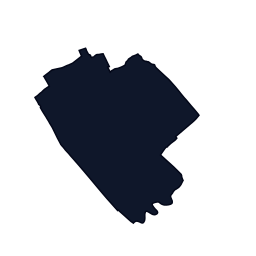 the district of Suceveni, Galati, Romania, rotated 63°
{"feature_id": "2599482B11072289553069", "entity_name": "Suceveni", "entity_type": "district", "adm_level": 2, "iso_a3": "ROU", "parent_name": "Romania", "parent_adm1": "Galati", "projection": "natural_earth1", "projection_center": [28.039, 45.986], "detail": "fine", "context": "isolated", "style": "filled", "palette": "ink", "viewbox_px": 256, "rotation_deg": 63, "n_neighbors": 0, "source": "geoboundaries", "source_scale": "gbopen_adm2", "svg_char_len": 4755}
<svg xmlns="http://www.w3.org/2000/svg" viewBox="0 0 256 256"><g transform="rotate(63 128 128)"><path d="M66.6,85.6L66.6,85.8L66.5,86.0L66.6,87.2L66.6,87.7L66.5,88.2L66.5,88.7L66.2,91.2L66.1,91.5L66.2,91.9L66.3,92.2L66.5,93.3L66.6,93.6L66.6,93.8L66.6,94.6L66.7,95.1L66.8,96.0L67.0,96.6L67.7,97.5L68.3,99.7L68.9,100.3L70.4,101.8L70.6,102.2L70.7,103.2L70.7,105.6L70.6,107.0L70.4,108.7L70.3,109.8L69.6,111.9L69.3,113.2L69.5,114.8L69.6,116.8L70.2,118.5L64.5,118.5L64.8,116.8L59.5,116.7L56.8,116.6L53.2,116.6L50.6,116.5L50.2,117.5L49.9,118.3L49.4,120.2L49.2,120.8L48.9,121.3L48.5,122.3L48.4,122.7L48.4,123.1L48.5,123.9L48.6,124.3L48.8,125.4L49.2,126.4L49.2,126.7L49.0,127.1L48.6,127.7L48.5,127.9L48.6,128.3L48.6,128.6L48.4,128.7L48.2,128.9L47.7,128.9L46.7,128.5L46.2,128.5L45.6,128.7L45.1,129.1L44.8,129.5L44.6,129.8L43.3,129.8L40.5,129.9L39.4,129.7L38.1,129.6L37.7,129.6L37.6,130.2L36.7,136.3L37.6,136.4L38.9,136.5L39.3,136.5L40.6,136.6L40.9,136.6L42.3,136.7L42.9,136.7L44.3,143.7L45.0,147.4L45.1,148.0L44.9,152.2L44.9,152.4L44.9,152.6L44.8,153.0L44.7,153.4L44.6,155.4L44.5,158.3L44.4,159.0L44.4,159.4L42.7,165.8L41.9,168.8L41.8,169.3L41.8,169.5L42.4,172.4L42.5,172.5L43.1,176.0L43.8,179.6L44.1,179.5L46.7,179.4L51.8,179.1L55.0,179.1L55.2,179.6L55.2,179.8L55.1,180.6L55.3,182.1L55.4,182.7L55.6,184.1L55.6,184.7L56.1,186.4L56.4,187.4L56.9,188.8L57.1,190.4L58.1,194.1L58.5,197.0L59.5,197.0L61.2,196.9L63.6,196.7L65.6,196.7L66.1,196.8L66.4,196.8L66.9,196.6L67.4,196.3L68.1,196.1L69.1,196.0L70.0,196.8L74.3,196.6L75.5,196.5L78.8,196.2L80.6,196.0L82.7,195.9L86.3,195.6L86.7,195.6L86.8,195.6L87.5,195.6L88.0,195.6L90.4,195.4L93.3,195.2L105.2,195.4L110.0,195.3L110.9,195.3L112.1,195.3L113.7,195.0L115.0,194.6L116.4,194.3L117.7,194.0L119.0,193.8L120.8,193.3L123.9,192.4L124.5,192.3L127.1,191.7L131.6,190.5L132.9,190.2L138.8,188.7L155.7,184.7L168.0,181.9L168.4,181.8L174.9,180.3L181.5,178.7L188.0,177.0L196.8,174.7L196.6,174.0L204.8,170.8L208.2,169.5L212.8,167.7L214.0,167.0L215.2,166.4L214.9,165.7L214.7,164.8L214.6,164.4L214.6,163.8L214.7,163.1L214.9,162.6L215.1,162.2L215.6,161.6L216.0,161.2L216.6,160.6L217.2,160.1L217.8,159.7L218.4,159.2L218.9,158.7L219.1,158.5L219.2,158.0L219.3,157.6L219.2,157.1L219.0,156.7L218.6,156.2L218.3,155.6L218.0,155.3L217.5,154.9L216.8,154.4L216.3,154.1L215.6,153.7L214.9,153.4L214.1,153.0L213.3,152.6L212.5,152.2L211.9,151.8L211.6,151.5L211.3,151.2L211.0,150.9L210.7,150.5L210.5,150.2L210.4,149.8L210.6,149.2L210.9,148.8L211.2,148.6L211.5,148.3L212.0,148.0L212.5,147.6L213.1,147.3L213.7,146.9L214.3,146.5L215.0,146.1L215.6,145.7L216.0,145.4L216.4,145.0L216.7,144.7L216.9,144.3L217.2,144.0L217.4,143.5L217.5,143.2L217.6,142.8L217.6,141.9L217.6,141.5L217.5,140.9L217.3,140.6L217.1,140.3L216.8,140.0L216.5,139.9L216.1,139.8L215.5,139.8L215.0,139.8L214.4,140.0L213.7,140.2L212.9,140.5L212.1,140.7L211.2,140.9L210.3,141.1L209.4,141.2L208.6,141.3L207.9,141.3L207.3,141.2L206.9,141.1L206.5,140.8L206.4,140.4L206.3,140.0L206.4,139.0L206.4,138.5L206.6,137.6L206.8,136.7L207.0,136.1L207.2,135.4L207.5,134.9L207.8,134.4L208.3,134.0L208.6,133.8L209.2,133.6L209.9,133.3L210.3,133.0L210.9,132.7L211.6,132.1L212.3,131.5L212.8,130.9L213.1,130.5L213.4,129.9L213.7,129.3L214.1,128.6L214.3,128.0L214.6,127.3L214.8,126.6L215.1,125.4L215.2,124.7L215.2,124.2L215.2,123.7L215.1,123.3L214.9,122.8L214.6,122.6L214.3,122.3L213.8,122.1L213.2,121.8L212.8,121.7L212.2,121.7L211.3,121.6L210.0,121.5L209.3,121.4L208.6,121.2L208.2,121.1L207.7,120.8L207.4,120.5L207.2,120.0L206.8,119.3L206.5,118.6L206.1,117.8L205.6,117.1L205.1,116.3L204.8,115.5L204.5,114.8L204.3,114.1L204.3,113.2L204.2,112.2L204.1,111.4L204.0,110.5L203.9,109.9L203.7,109.2L203.4,108.5L203.2,108.0L202.8,107.2L202.4,106.4L202.2,106.2L201.6,105.4L201.2,104.8L200.5,103.9L199.9,103.0L199.7,102.7L199.3,102.7L198.5,102.7L197.1,102.5L196.7,102.5L195.8,102.3L195.0,101.9L193.5,101.7L183.7,104.9L172.9,109.0L167.3,111.1L166.8,111.3L165.7,109.5L163.1,104.6L162.6,103.4L162.4,102.1L162.7,101.4L162.4,101.1L161.8,99.6L161.8,99.0L161.5,98.2L161.1,96.7L160.1,91.2L159.2,89.1L157.3,89.5L157.1,88.7L156.7,87.2L154.7,78.9L152.5,69.7L152.3,68.7L151.5,65.7L150.8,63.5L150.4,62.5L148.9,59.0L147.8,59.1L145.5,59.6L141.5,60.5L137.2,61.6L129.4,63.4L126.5,64.2L121.0,65.4L118.9,65.8L113.0,67.1L104.2,69.4L102.9,69.8L97.9,71.7L91.9,73.9L87.1,75.6L85.6,75.9L85.3,76.0L85.1,76.0L85.0,75.9L84.3,75.6L83.6,75.8L83.2,76.1L83.3,76.3L83.0,76.7L82.6,77.0L82.0,77.7L82.0,77.9L81.0,78.4L79.8,79.0L79.2,79.2L78.7,79.6L78.5,79.8L78.4,79.8L78.4,80.0L78.1,80.3L77.8,80.7L77.7,80.6L77.2,81.1L77.3,81.2L77.1,81.4L76.6,81.9L76.4,82.1L76.3,82.6L76.2,82.8L75.5,83.1L75.0,83.4L74.5,83.7L73.6,84.1L73.1,84.2L72.1,84.0L71.2,84.0L70.6,84.0L70.3,84.0L67.7,85.4L67.4,85.5L66.6,85.6Z" fill="#0f172a" stroke="#020617" stroke-width="1.5"/></g></svg>